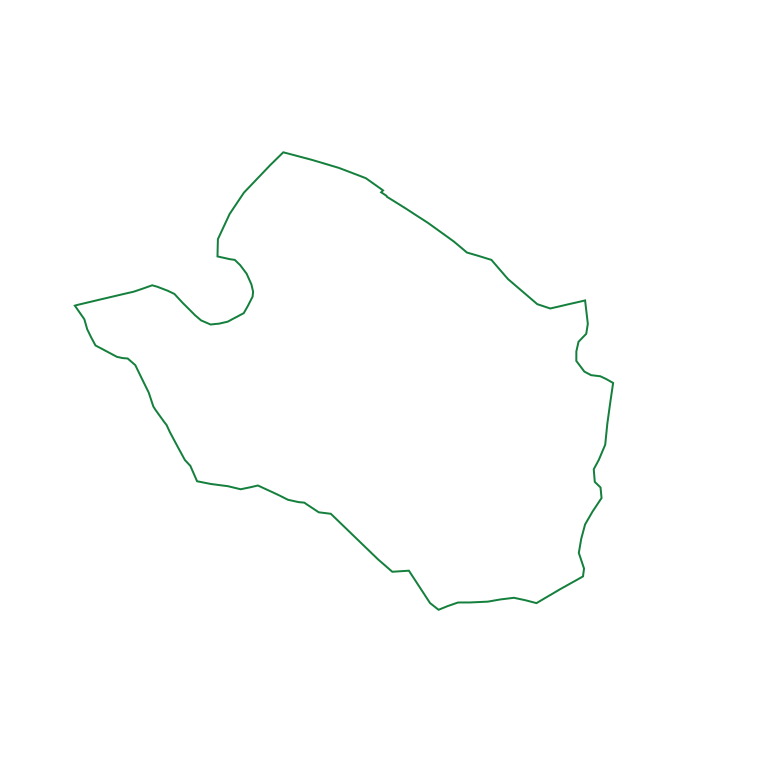 Balkanabat, Balkan, Turkmenistan, rotated 224°
{"feature_id": "10190150B87050240782827", "entity_name": "Balkanabat", "entity_type": "district", "adm_level": 2, "iso_a3": "TKM", "parent_name": "Turkmenistan", "parent_adm1": "Balkan", "projection": "robinson", "projection_center": [54.258, 39.343], "detail": "fine", "context": "isolated", "style": "outline", "palette": "green", "viewbox_px": 768, "rotation_deg": 224, "n_neighbors": 0, "source": "geoboundaries", "source_scale": "gbopen_adm2", "svg_char_len": 1918}
<svg xmlns="http://www.w3.org/2000/svg" viewBox="0 0 768 768"><g transform="rotate(224 384 384)"><path d="M187.9,259.5L184.0,268.3L179.0,278.2L170.0,287.0L158.1,299.6L150.6,309.9L142.0,320.5L132.2,326.6L122.1,332.3L114.8,358.6L111.2,370.5L107.2,383.8L111.9,390.2L126.5,397.8L134.5,409.5L141.8,422.7L145.4,437.2L148.3,453.1L156.4,460.0L164.4,460.0L173.9,468.4L176.8,478.7L182.7,494.0L195.8,510.6L209.0,528.7L219.9,543.9L228.0,541.8L233.8,539.8L241.2,534.2L248.5,532.1L261.7,534.2L268.3,541.1L273.4,549.5L273.4,560.6L279.2,568.9L297.4,583.8L301.2,577.9L307.1,568.9L312.3,560.8L316.9,553.8L324.2,550.3L329.2,547.9L341.3,547.2L367.5,545.6L372.4,546.0L392.9,547.9L405.0,541.8L414.5,536.8L415.6,536.2L432.8,535.0L464.5,530.4L476.1,528.1L490.0,525.4L512.0,520.7L513.0,521.1L519.2,519.9L519.2,522.6L540.1,519.4L566.8,508.0L592.0,494.9L617.4,480.7L617.9,462.4L617.7,424.4L613.2,399.3L613.2,399.2L604.1,372.8L592.4,360.1L581.6,366.7L577.6,369.6L572.4,369.6L570.1,369.6L559.4,367.9L548.5,363.5L542.2,359.4L539.2,355.5L536.1,345.4L534.1,337.5L535.4,333.6L535.9,332.0L538.2,325.1L538.9,322.8L539.7,320.3L542.9,315.4L544.6,312.8L547.0,310.0L550.1,306.3L552.3,305.5L559.7,302.7L561.4,302.6L567.7,302.2L571.7,302.3L584.9,302.5L592.2,302.9L597.3,303.2L604.2,300.9L614.6,296.5L619.3,294.0L623.9,284.8L627.2,278.4L628.2,276.5L633.4,268.5L646.8,247.7L659.8,227.4L660.8,225.6L644.5,222.4L635.5,217.2L627.0,214.1L618.3,211.3L595.0,218.0L590.0,221.1L586.1,224.3L576.0,224.8L569.7,222.5L556.5,217.7L547.3,214.4L534.3,207.6L530.7,206.7L515.8,204.0L512.0,203.5L504.5,200.6L488.4,195.4L474.4,191.0L467.0,190.6L466.7,190.7L450.9,184.2L439.4,191.6L430.2,198.4L425.4,202.0L414.0,208.7L408.0,217.5L404.2,223.4L382.6,230.9L372.7,234.0L363.4,239.7L358.9,243.3L355.2,243.9L341.8,246.4L332.1,253.7L321.0,253.7L301.6,253.7L283.3,253.7L266.2,253.7L247.6,254.7L236.4,267.0L198.7,258.4L187.9,259.5Z" fill="none" stroke="#15803d" stroke-width="2"/></g></svg>